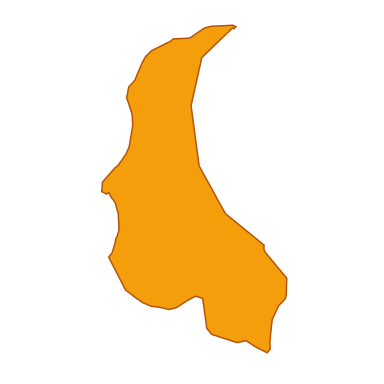 Tanta 1, Al Gharbiyah, Egypt (Equal Earth projection), rotated 177°
{"feature_id": "37247803B50363997957176", "entity_name": "Tanta 1", "entity_type": "district", "adm_level": 2, "iso_a3": "EGY", "parent_name": "Egypt", "parent_adm1": "Al Gharbiyah", "projection": "equal_earth", "projection_center": [31.01, 30.795], "detail": "fine", "context": "isolated", "style": "filled", "palette": "amber", "viewbox_px": 384, "rotation_deg": 177, "n_neighbors": 0, "source": "geoboundaries", "source_scale": "gbopen_adm2", "svg_char_len": 1304}
<svg xmlns="http://www.w3.org/2000/svg" viewBox="0 0 384 384"><g transform="rotate(177 192 192)"><path d="M122.8,135.1L159.8,168.7L161.5,172.2L178.2,206.6L182.8,216.1L183.5,217.6L186.7,257.0L188.4,278.3L184.2,293.4L175.2,325.7L142.7,353.9L141.7,352.8L139.5,354.9L142.6,356.4L146.1,356.4L152.0,356.4L163.8,356.5L170.9,355.2L186.2,345.8L190.9,345.8L202.7,345.9L206.3,343.2L209.8,341.9L225.1,335.2L231.0,329.9L234.6,324.5L240.5,312.5L242.9,307.1L245.3,304.4L249.2,300.9L250.0,299.1L251.2,293.7L252.4,289.7L248.9,277.6L247.7,272.2L247.7,266.8L247.7,261.4L251.0,246.8L252.5,240.0L256.0,233.3L264.3,222.5L267.9,219.9L279.7,207.8L280.9,206.5L282.1,197.1L277.4,194.4L275.0,195.7L272.7,190.3L271.5,189.0L269.1,184.9L268.0,179.6L266.8,174.2L266.8,166.1L266.8,162.7L267.0,157.5L267.2,157.0L269.2,151.3L270.4,150.0L271.6,144.6L275.1,135.2L278.6,131.3L263.5,97.6L254.0,89.5L247.0,84.1L238.7,80.0L230.5,78.6L221.1,75.9L214.0,77.2L209.3,79.8L202.2,83.9L193.9,87.8L189.9,86.3L189.5,86.1L186.9,85.1L184.6,58.2L184.6,55.6L179.9,48.8L165.7,43.4L155.1,39.3L145.7,40.6L136.3,33.8L125.3,27.5L122.1,31.1L122.1,33.8L122.1,37.8L120.9,45.9L119.7,53.9L118.5,60.6L111.4,74.0L105.5,79.4L104.3,80.7L103.2,84.8L101.9,100.9L121.9,127.8L123.1,130.5L123.1,132.9L122.8,135.1Z" fill="#f59e0b" stroke="#b45309" stroke-width="1.5"/></g></svg>